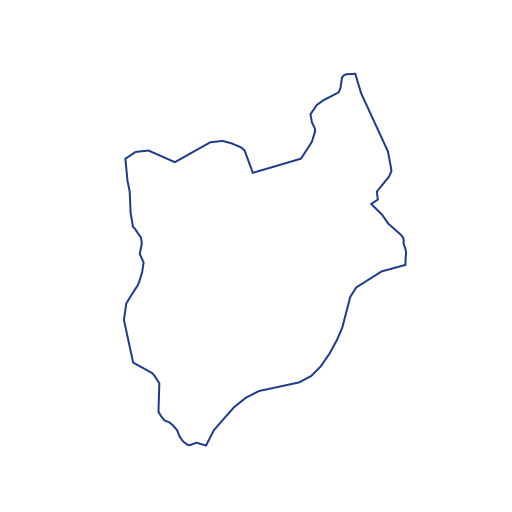 SVG path tracing the border of Mongar, rotated 12°
{"feature_id": "BTN-2490", "entity_name": "Mongar", "entity_type": "District", "adm_level": 1, "iso_a3": "BTN", "parent_name": "Bhutan", "parent_adm1": "", "projection": "albers", "projection_center": [91.21, 27.259], "detail": "fine", "context": "isolated", "style": "outline", "palette": "blue", "viewbox_px": 512, "rotation_deg": 12, "n_neighbors": 0, "source": "natural_earth", "source_scale": "10m", "svg_char_len": 1258}
<svg xmlns="http://www.w3.org/2000/svg" viewBox="0 0 512 512"><g transform="rotate(12 256 256)"><path d="M315.2,57.1L325.0,75.0L363.3,126.3L370.2,142.9L370.8,145.3L369.6,150.7L360.8,167.9L363.4,175.5L357.9,181.2L370.9,189.5L378.7,196.9L393.4,205.2L396.1,207.5L397.3,210.1L397.5,212.6L401.0,218.6L402.1,221.6L402.5,223.7L402.6,226.0L404.0,233.6L382.0,245.0L360.6,265.9L356.7,276.4L355.3,307.9L353.8,315.5L352.6,321.5L348.1,336.5L342.2,350.6L335.0,361.8L324.4,370.7L287.0,387.4L275.6,396.7L266.1,408.2L251.1,434.9L246.5,451.8L236.7,451.0L230.4,454.9L227.7,454.7L223.2,452.5L218.9,448.6L215.0,442.7L209.5,438.6L205.4,436.6L200.7,435.9L196.0,432.0L193.0,428.7L187.9,400.6L181.2,393.9L178.7,392.1L158.0,385.8L140.1,346.0L139.0,329.4L142.8,318.5L146.4,309.4L147.1,305.5L148.0,295.6L147.4,285.7L141.9,278.2L141.7,267.9L141.0,265.3L139.5,261.8L131.5,254.2L129.6,253.0L124.3,239.6L119.1,219.3L114.7,209.3L108.0,188.0L116.0,179.8L117.8,178.8L129.0,175.2L157.1,181.1L187.6,154.3L199.3,150.4L208.8,150.9L219.3,153.0L223.0,155.3L235.6,175.3L279.8,151.4L286.9,132.8L287.9,121.7L287.0,118.9L282.9,113.6L279.8,106.0L284.1,95.6L289.6,89.6L302.9,78.7L303.7,73.8L303.0,63.5L304.7,60.6L307.4,59.1L309.7,58.7L315.2,57.1Z" fill="none" stroke="#1e3a8a" stroke-width="2"/></g></svg>